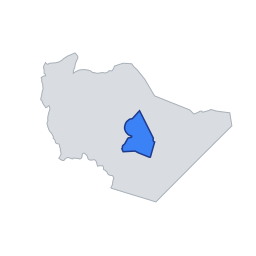 Borkou, Borkou, Chad (highlighted), rotated 107°
{"feature_id": "50815135B4564368173337", "entity_name": "Borkou", "entity_type": "district", "adm_level": 2, "iso_a3": "TCD", "parent_name": "Chad", "parent_adm1": "Borkou", "projection": "mercator", "projection_center": [19.353, 16.669], "detail": "fine", "context": "in_parent", "style": "filled", "palette": "blue", "viewbox_px": 256, "rotation_deg": 107, "n_neighbors": 0, "source": "geoboundaries", "source_scale": "gbopen_adm2", "svg_char_len": 4194}
<svg xmlns="http://www.w3.org/2000/svg" viewBox="0 0 256 256"><g transform="rotate(107 128 128)"><path d="M190.5,79.7L190.5,85.3L190.5,90.9L190.5,96.5L190.5,102.0L190.5,107.6L190.5,113.1L190.5,118.6L190.5,124.1L190.5,126.0L190.4,126.7L190.3,126.8L190.1,126.9L187.2,126.4L186.0,126.4L184.3,126.8L181.7,127.0L180.1,126.9L178.9,127.9L178.1,129.0L178.5,131.7L178.4,132.6L178.0,133.6L177.3,134.4L176.5,135.0L176.0,135.6L175.5,136.8L175.0,137.4L175.1,138.2L174.9,139.0L174.5,139.4L173.3,139.7L172.5,140.1L171.9,140.7L171.5,141.1L171.7,141.7L172.0,142.4L172.2,143.6L172.3,144.4L172.9,144.9L173.2,145.3L173.4,145.8L173.0,146.3L171.6,147.1L171.0,147.5L170.3,147.9L170.1,148.1L169.0,148.9L168.5,149.7L168.2,150.3L168.2,151.1L168.8,152.4L169.4,153.5L169.6,154.3L169.7,155.2L169.7,156.0L169.4,156.8L168.8,157.4L166.9,158.7L165.9,160.0L165.1,161.7L164.9,162.6L165.1,163.2L165.5,163.7L166.1,163.9L167.0,164.0L168.4,163.7L169.7,163.6L171.2,164.2L171.9,165.6L171.6,166.6L172.1,168.4L172.6,170.6L172.6,171.4L172.8,171.6L173.7,171.8L173.9,172.3L173.6,176.2L174.0,177.3L174.6,178.1L175.2,178.5L175.9,179.0L176.3,179.3L177.0,179.4L177.9,180.1L178.2,181.1L178.1,182.0L177.6,183.9L177.2,185.3L176.7,185.2L175.6,184.9L174.4,184.6L172.8,184.3L171.4,184.9L169.8,185.6L169.3,186.1L168.8,186.4L168.1,186.3L167.5,186.4L167.1,186.9L166.6,187.5L164.3,188.6L163.8,189.0L163.5,189.4L163.5,189.9L163.7,190.8L163.7,191.9L163.2,192.9L162.6,193.5L161.9,193.7L161.4,193.9L161.0,194.2L159.8,196.3L159.3,196.7L158.2,196.7L155.2,199.8L154.9,200.7L153.8,202.1L152.4,203.5L151.2,204.2L151.1,204.5L150.7,204.8L150.0,205.1L147.3,206.9L144.1,206.8L142.7,207.5L141.3,207.8L139.3,208.1L138.7,208.1L136.1,208.3L133.1,208.2L131.9,208.5L130.9,209.1L130.0,209.7L129.9,209.9L130.0,210.2L130.0,210.4L132.1,211.8L132.7,212.5L132.1,213.2L131.9,213.3L131.5,213.9L130.3,215.5L128.4,217.5L127.4,218.0L127.0,218.4L126.5,219.7L126.2,219.8L124.9,220.0L122.3,220.1L118.8,220.6L116.7,220.7L115.3,220.6L113.5,221.5L112.8,221.7L112.4,221.8L110.6,222.6L109.0,224.0L108.5,224.2L106.3,224.8L105.5,225.7L105.1,225.8L103.7,224.6L102.8,223.5L102.3,222.4L102.2,222.0L101.2,222.6L100.6,223.1L100.3,224.2L98.0,224.9L96.1,225.5L95.3,226.3L93.9,226.7L92.2,226.5L90.9,226.2L89.6,226.1L90.2,225.1L90.5,224.4L90.5,223.5L90.4,222.9L89.7,222.6L89.2,222.2L88.0,219.4L86.9,216.5L85.3,213.7L83.5,211.9L82.3,210.8L81.8,210.7L81.2,210.3L80.7,210.0L78.4,208.1L76.0,205.9L75.4,205.0L74.2,203.5L72.8,202.0L72.1,201.3L71.8,200.1L72.7,199.0L73.7,197.5L74.9,196.6L76.5,196.5L79.1,196.9L82.0,197.1L84.8,196.8L85.5,196.6L86.2,196.6L87.7,196.9L90.3,196.8L91.7,196.3L90.2,195.3L88.7,193.7L87.2,192.1L86.3,190.5L85.5,188.5L84.7,186.1L84.3,182.9L84.3,181.1L84.6,179.8L85.4,177.7L84.8,176.5L84.9,175.5L84.9,174.1L84.6,173.3L83.6,170.9L83.4,170.6L82.5,168.9L82.1,166.1L81.1,164.2L79.4,163.3L78.5,162.2L78.2,160.3L77.5,159.8L74.9,159.1L72.8,159.1L71.2,156.9L69.2,154.1L67.4,151.4L66.2,146.2L65.5,143.2L66.3,142.3L67.8,140.1L69.8,136.0L74.2,129.6L76.4,126.3L80.9,121.4L86.4,115.4L89.5,112.0L90.0,105.8L90.6,99.2L91.0,94.2L91.5,88.3L91.9,83.3L92.2,79.7L92.6,74.5L93.0,73.6L95.2,69.5L95.3,69.0L94.9,68.3L91.8,64.8L90.9,64.1L90.3,62.3L91.1,61.2L87.4,55.4L86.5,54.7L86.1,54.0L86.0,53.0L86.0,48.9L85.0,42.6L83.7,35.1L88.0,33.0L91.3,31.4L95.6,29.3L99.5,31.4L105.2,34.5L110.9,37.5L116.6,40.6L122.3,43.6L127.9,46.6L133.6,49.7L139.3,52.7L145.0,55.7L150.7,58.7L156.4,61.7L162.0,64.7L167.7,67.7L173.4,70.7L179.1,73.7L184.8,76.7L190.5,79.7Z" fill="#d9dde1" stroke="#a8b0b8" stroke-width="1"/><path d="M142.2,126.1L143.7,126.4L143.8,126.4L144.4,126.6L146.2,127.8L147.0,128.0L148.0,127.7L149.1,127.5L149.6,127.7L149.7,127.8L150.8,126.9L152.1,125.7L150.0,120.0L148.0,114.5L148.7,111.0L149.7,99.2L149.3,98.1L140.9,98.3L133.6,98.4L133.5,99.3L133.2,99.7L132.5,100.4L131.5,100.7L130.6,100.7L130.2,100.9L117.7,112.8L108.1,122.0L109.7,122.8L117.8,126.6L118.6,128.2L119.4,129.3L122.3,131.2L124.5,131.7L127.3,131.7L129.3,131.2L130.5,130.5L131.2,130.0L132.1,129.2L132.4,128.9L133.7,126.9L133.9,126.7L134.4,125.4L134.6,124.3L134.6,123.6L134.7,123.1L134.7,122.8L134.6,122.1L135.0,122.0L135.4,121.9L136.1,122.3L137.2,124.5L138.1,125.3L139.7,125.5L142.2,126.1Z" fill="#3b82f6" stroke="#1e3a8a" stroke-width="1.5"/></g></svg>